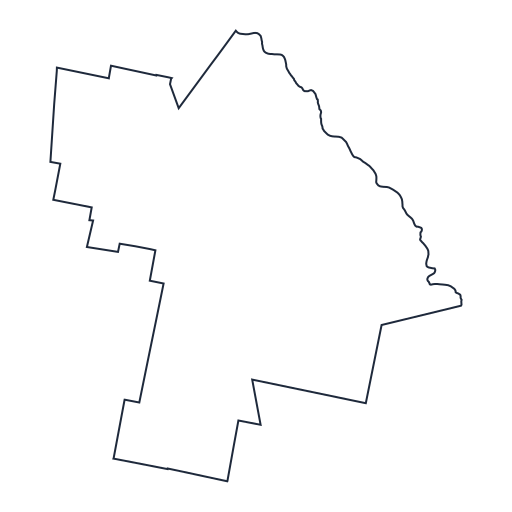 Capital, Santiago del Estero, Argentina
{"feature_id": "61730980B71875580954916", "entity_name": "Capital", "entity_type": "district", "adm_level": 2, "iso_a3": "ARG", "parent_name": "Argentina", "parent_adm1": "Santiago del Estero", "projection": "orthographic", "projection_center": [-64.309, -27.9], "detail": "fine", "context": "isolated", "style": "outline", "palette": "slate", "viewbox_px": 512, "rotation_deg": 0, "n_neighbors": 0, "source": "geoboundaries", "source_scale": "gbopen_adm2", "svg_char_len": 3877}
<svg xmlns="http://www.w3.org/2000/svg" viewBox="0 0 512 512"><path d="M205.5,476.6L227.3,481.3L227.4,481.1L230.7,462.8L234.0,444.5L238.4,420.5L260.6,424.8L252.2,379.6L365.8,403.2L381.6,325.0L391.5,322.6L398.5,320.9L461.0,305.7L461.5,304.7L461.4,303.3L461.3,301.3L461.6,299.8L461.0,298.8L460.6,297.8L460.6,296.0L460.2,294.7L458.3,293.5L456.6,292.9L455.7,292.3L455.6,291.4L455.4,290.4L454.3,288.8L452.3,287.4L450.8,286.3L448.1,285.2L445.4,284.8L442.5,284.5L439.8,284.3L437.3,284.0L434.9,284.0L433.0,284.2L430.9,284.7L429.8,284.3L429.6,283.4L429.0,282.5L428.8,281.8L427.9,281.0L427.5,280.2L427.3,279.1L427.6,278.2L428.1,277.1L429.0,276.2L430.1,275.5L431.4,274.8L433.2,273.8L434.1,273.2L434.7,272.3L435.1,271.2L435.3,270.0L435.0,269.1L434.6,268.4L433.5,268.4L432.1,268.2L430.4,267.8L428.8,267.5L427.5,266.9L426.7,266.2L426.4,264.8L426.2,263.7L426.4,262.2L426.6,261.1L426.9,260.0L427.5,258.3L427.9,257.2L428.2,255.6L428.5,254.4L428.4,252.8L428.3,251.0L427.7,249.4L427.1,248.3L426.4,247.3L425.6,246.1L424.8,245.1L424.1,244.3L423.3,243.3L422.2,242.3L421.3,241.2L420.4,240.3L420.1,239.4L420.3,238.7L420.7,237.5L420.9,236.6L420.6,235.8L420.4,235.0L420.4,233.9L420.5,232.4L421.4,231.5L421.8,230.4L421.9,229.1L421.3,227.9L419.8,227.3L418.0,226.7L416.6,226.7L415.3,225.7L414.6,224.5L413.9,222.8L413.3,221.0L412.6,219.7L411.9,218.7L410.5,217.4L409.0,216.2L407.3,214.7L406.4,213.5L405.3,211.3L404.4,209.7L403.0,207.9L402.5,206.3L402.5,204.6L402.4,203.6L402.3,201.7L401.9,199.3L401.1,197.5L399.9,195.3L398.8,194.0L397.4,192.6L394.9,190.9L393.1,189.7L391.3,188.7L390.7,188.4L389.0,187.5L386.9,187.0L385.0,186.9L384.2,186.9L381.6,186.6L380.0,186.3L378.3,185.4L377.0,183.8L376.3,182.7L376.2,181.8L376.3,180.6L376.4,178.8L376.4,176.8L376.1,175.4L375.5,173.7L374.5,172.1L373.4,170.3L371.7,168.5L370.3,166.9L369.5,166.1L369.2,165.8L368.1,165.1L365.3,163.0L363.1,161.7L361.7,160.4L360.2,159.1L358.2,158.2L356.3,157.4L354.4,157.1L353.4,156.2L352.2,154.4L350.5,151.0L349.4,148.5L347.9,145.8L347.1,143.9L346.1,142.0L344.4,140.3L342.8,138.7L341.6,137.6L338.9,136.8L336.4,136.6L334.1,136.5L332.2,136.3L330.1,135.8L327.9,134.7L326.7,133.6L325.4,132.3L324.1,131.0L323.3,129.6L322.6,128.6L322.5,127.5L322.3,126.4L321.5,124.4L321.2,123.0L321.1,121.2L321.1,120.5L321.1,119.8L321.1,118.8L320.7,118.2L320.5,117.2L320.4,116.0L320.5,114.7L320.8,113.5L321.1,112.5L321.0,111.2L320.6,110.3L320.1,109.8L319.4,109.1L319.3,108.1L319.2,107.2L319.1,106.4L318.8,105.4L318.4,104.5L318.1,103.6L317.8,102.5L317.9,101.6L317.8,100.5L317.7,99.5L317.0,99.1L316.6,98.0L316.3,97.1L315.9,95.6L315.5,94.1L314.0,92.1L313.0,90.9L311.1,90.1L309.9,90.4L308.0,91.2L306.1,91.2L304.4,91.1L303.2,90.1L302.3,88.3L301.4,87.3L300.1,86.9L298.5,85.9L297.4,84.5L296.2,83.2L295.4,81.6L294.3,80.3L293.9,78.8L292.7,77.5L292.0,76.4L291.1,75.5L290.0,73.8L289.2,72.8L288.6,71.6L287.6,69.9L286.9,68.7L286.5,67.4L286.2,66.2L286.2,64.6L285.9,63.0L285.3,60.2L284.9,59.0L284.0,57.0L283.0,55.9L281.7,54.9L280.1,54.5L278.2,54.4L276.5,54.3L274.1,54.3L271.9,54.0L270.2,54.0L268.2,53.7L266.7,53.1L265.8,52.7L264.6,51.8L263.8,50.8L263.0,48.7L262.7,47.2L262.5,45.7L262.0,43.7L262.1,42.0L261.6,40.1L261.4,38.7L261.1,37.5L260.7,36.0L259.1,34.3L257.4,33.2L255.6,32.9L253.7,33.0L251.6,33.5L249.7,33.9L248.3,34.2L245.6,34.3L242.9,34.0L240.9,33.8L239.7,33.6L238.1,32.9L237.2,32.2L236.4,31.4L235.8,30.7L226.3,43.7L217.7,55.4L211.1,64.2L178.7,108.2L170.0,84.2L171.1,78.8L171.7,78.1L168.3,77.3L156.4,74.9L156.3,75.5L136.9,71.3L124.3,68.6L111.0,65.7L108.8,78.2L108.8,78.3L56.9,67.6L56.8,70.9L54.2,103.9L50.4,161.9L60.3,163.7L55.2,190.4L53.3,199.8L91.7,207.4L89.4,220.2L93.1,220.5L86.9,247.0L118.0,251.9L119.7,243.7L135.5,246.3L150.1,249.1L155.4,250.3L149.8,280.7L163.6,283.5L156.4,318.9L147.9,360.3L139.3,402.5L124.8,399.7L124.6,399.7L122.1,413.0L113.6,458.4L113.5,458.6L167.6,469.1L167.7,468.5L188.8,473.0L205.5,476.6Z" fill="none" stroke="#1e293b" stroke-width="2"/></svg>